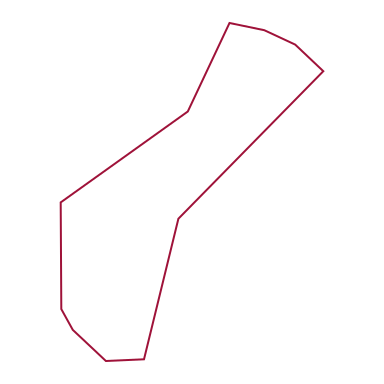 map outline of Guam (Albers equal-area conic projection)
{"feature_id": "GUM", "entity_name": "Guam", "entity_type": "country or territory", "adm_level": 0, "iso_a3": "GUM", "parent_name": "Oceania", "parent_adm1": "", "projection": "albers", "projection_center": [144.773, 13.44], "detail": "fine", "context": "isolated", "style": "outline", "palette": "rose", "viewbox_px": 384, "rotation_deg": 0, "n_neighbors": 0, "source": "natural_earth", "source_scale": "50m", "svg_char_len": 264}
<svg xmlns="http://www.w3.org/2000/svg" viewBox="0 0 384 384"><path d="M144.0,359.3L105.9,361.0L72.8,329.9L61.3,309.1L60.7,202.4L187.8,111.5L229.5,23.0L264.3,30.2L295.2,44.6L323.3,71.2L178.4,218.7L144.0,359.3Z" fill="none" stroke="#9f1239" stroke-width="2"/></svg>